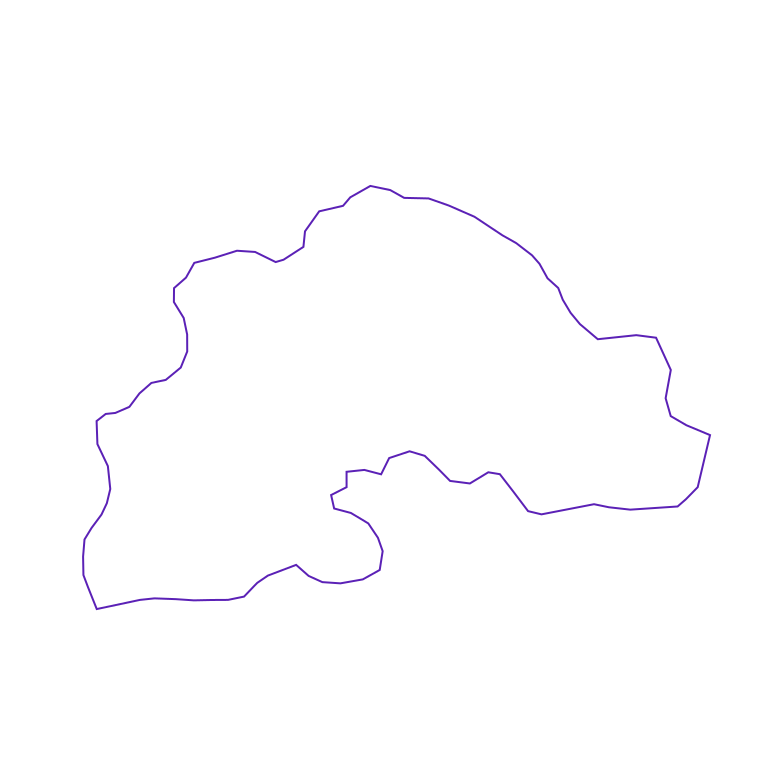 Yeongju-si, North Gyeongsang, South Korea (Equal Earth projection), rotated 84°
{"feature_id": "91817680B73468767289539", "entity_name": "Yeongju-si", "entity_type": "district", "adm_level": 2, "iso_a3": "KOR", "parent_name": "South Korea", "parent_adm1": "North Gyeongsang", "projection": "equal_earth", "projection_center": [128.61, 36.874], "detail": "fine", "context": "isolated", "style": "outline", "palette": "violet", "viewbox_px": 768, "rotation_deg": 84, "n_neighbors": 0, "source": "geoboundaries", "source_scale": "gbopen_adm2", "svg_char_len": 1407}
<svg xmlns="http://www.w3.org/2000/svg" viewBox="0 0 768 768"><g transform="rotate(84 384 384)"><path d="M468.9,65.1L456.6,87.6L445.9,102.2L427.6,105.4L400.0,97.3L366.4,108.6L361.8,128.0L361.8,149.0L361.8,166.7L344.9,182.9L332.7,191.0L318.9,197.4L306.7,200.7L296.0,210.3L280.7,216.8L271.5,223.3L257.7,237.8L248.5,250.7L227.1,276.6L213.3,300.9L204.1,320.3L201.0,344.5L191.8,357.5L185.6,376.9L194.8,398.0L202.5,406.1L205.5,430.4L223.9,446.6L239.2,449.8L249.9,470.9L251.4,479.0L239.2,498.4L236.1,516.3L240.7,539.0L243.7,560.0L257.5,569.8L266.7,582.8L280.5,584.4L297.4,576.3L314.2,574.6L331.1,576.3L346.4,584.4L357.1,600.6L358.6,615.2L367.8,628.2L380.1,639.6L384.7,654.2L384.7,663.9L390.8,673.7L413.8,675.3L436.8,667.2L459.8,667.2L473.6,672.1L484.3,678.6L496.6,689.9L507.3,698.1L524.2,701.3L542.6,702.9L554.8,699.7L577.8,693.2L573.2,649.3L573.2,634.7L576.2,613.6L579.3,595.7L580.8,577.9L582.4,561.7L580.8,545.4L571.3,534.2L568.5,530.8L562.4,519.5L554.7,490.3L567.0,479.0L574.6,466.0L577.7,448.2L576.1,425.5L568.5,407.7L550.1,402.8L536.3,406.1L521.0,414.2L508.8,430.4L502.6,446.6L488.9,448.2L482.7,432.0L467.4,430.4L467.4,412.5L473.5,396.3L458.2,386.6L453.6,365.6L459.7,351.0L475.1,338.1L487.3,328.4L491.9,309.0L482.7,289.5L485.8,278.2L504.1,266.9L525.5,254.0L530.1,241.0L525.5,187.7L530.1,173.2L534.7,152.2L536.5,104.8L530.1,95.7L519.4,82.8L468.9,65.1Z" fill="none" stroke="#5b21b6" stroke-width="2"/></g></svg>